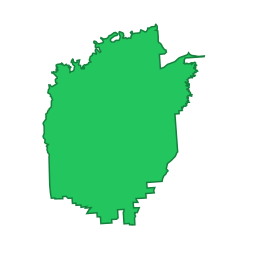 Nillumbik, Victoria, Australia (Mercator projection), rotated 168°
{"feature_id": "25037944B37493883083174", "entity_name": "Nillumbik", "entity_type": "district", "adm_level": 2, "iso_a3": "AUS", "parent_name": "Australia", "parent_adm1": "Victoria", "projection": "mercator", "projection_center": [145.196, -37.615], "detail": "fine", "context": "isolated", "style": "filled", "palette": "green", "viewbox_px": 256, "rotation_deg": 168, "n_neighbors": 0, "source": "geoboundaries", "source_scale": "gbopen_adm2", "svg_char_len": 5884}
<svg xmlns="http://www.w3.org/2000/svg" viewBox="0 0 256 256"><g transform="rotate(168 128 128)"><path d="M79.2,223.6L79.7,223.3L80.4,221.6L83.5,222.1L85.4,221.7L86.8,220.8L87.2,221.1L87.4,221.6L87.8,221.7L88.7,219.8L89.9,218.6L90.5,218.4L91.2,218.4L94.5,221.0L95.2,221.2L96.1,219.3L96.8,218.6L102.5,219.3L103.4,219.1L103.8,219.4L103.9,221.6L104.4,221.7L105.7,220.9L104.8,218.3L106.1,216.9L106.4,215.5L106.8,215.2L108.6,216.0L110.5,215.6L111.3,216.8L111.9,217.0L113.4,216.6L114.1,216.7L114.4,217.5L112.9,219.0L113.0,220.1L112.9,221.4L113.5,222.2L116.2,224.0L116.6,223.8L117.0,223.2L117.0,221.3L116.6,219.6L116.8,218.2L117.7,216.6L118.7,215.6L121.5,216.2L122.3,216.0L123.6,215.1L125.0,215.1L126.3,215.8L127.0,217.0L126.7,218.4L124.6,219.7L121.9,220.8L120.2,220.8L119.3,221.0L118.6,222.0L118.7,222.4L120.4,224.1L121.9,224.1L125.3,222.5L127.3,222.2L129.0,220.5L129.9,220.0L133.2,220.0L135.6,222.0L136.0,221.2L135.0,220.3L134.0,217.7L134.4,217.0L135.1,216.6L139.3,216.4L140.9,218.0L141.2,218.9L142.7,220.0L143.2,219.9L143.7,219.3L143.3,217.7L142.1,217.0L141.9,216.5L142.8,215.4L143.1,214.5L143.1,213.8L141.9,213.2L139.7,213.1L139.5,212.1L139.6,210.6L138.6,208.8L138.8,208.2L139.7,207.7L140.6,208.7L142.3,211.6L142.7,211.9L143.3,211.9L144.0,210.2L143.5,208.3L143.5,207.4L143.7,207.0L145.7,208.2L147.0,208.3L147.5,207.6L147.6,206.6L150.1,205.6L150.8,203.9L151.4,203.4L151.7,201.8L150.6,200.8L150.6,200.2L152.9,200.1L154.1,198.6L155.6,198.7L156.3,198.2L157.1,198.9L158.7,198.3L160.0,196.8L159.5,196.4L158.4,196.9L158.1,195.9L158.4,195.1L161.2,195.5L161.6,196.6L161.4,199.0L161.7,199.3L162.7,199.6L163.2,200.2L161.2,204.6L163.9,204.6L164.1,203.0L164.3,202.8L165.1,202.6L166.5,203.1L167.6,204.2L167.4,206.5L167.8,206.9L169.3,205.5L169.9,203.9L168.8,203.5L168.7,201.4L167.5,200.0L167.4,199.1L168.2,197.8L168.4,196.9L168.9,195.9L170.0,195.0L172.1,194.9L173.2,194.5L172.5,198.1L172.0,198.9L171.3,199.2L171.3,199.7L171.6,200.0L172.2,199.9L172.7,199.3L173.2,199.2L173.7,200.0L172.7,200.9L172.7,201.5L175.2,202.3L175.3,203.1L177.4,202.3L178.7,203.8L179.2,203.9L178.7,204.6L179.4,205.3L180.2,204.7L184.1,204.9L185.2,204.4L185.4,203.5L184.6,202.5L185.2,202.0L184.5,201.7L185.1,201.2L184.5,199.5L185.0,199.5L186.1,200.2L186.3,199.7L186.3,199.2L185.3,199.2L185.2,198.9L186.2,198.8L186.0,198.1L186.3,197.6L186.6,197.6L187.0,197.9L187.7,197.7L189.2,198.6L190.1,198.0L190.9,198.4L191.0,198.0L190.8,197.4L190.1,197.6L189.8,197.4L186.7,192.3L186.9,191.5L188.7,190.8L189.1,190.1L189.3,187.7L188.0,186.5L188.6,186.0L193.7,184.2L194.8,185.0L195.1,186.2L196.4,186.6L196.6,183.1L197.8,182.1L199.1,179.0L197.2,177.4L196.9,175.7L197.3,175.2L196.5,174.5L196.6,173.4L196.2,172.8L196.0,171.3L197.3,170.3L198.4,165.5L199.1,164.1L201.0,163.3L201.2,162.4L202.3,161.9L202.9,161.2L203.9,159.4L205.2,159.0L205.6,158.1L205.5,156.4L206.1,155.8L206.1,154.6L206.4,153.7L209.3,151.2L210.1,150.1L209.7,147.1L211.1,140.1L212.8,137.6L212.7,135.9L211.4,133.9L212.5,131.0L211.1,129.5L209.3,128.5L210.2,127.8L210.5,127.9L210.8,127.5L211.5,127.3L211.6,126.9L210.9,125.8L211.8,123.4L211.5,121.8L211.7,121.0L210.6,118.7L210.7,117.4L211.2,116.5L216.4,88.7L217.4,80.2L217.6,75.3L214.2,74.8L214.3,73.9L206.5,72.4L206.2,74.5L202.6,74.0L201.7,72.2L201.0,71.6L197.3,71.1L198.0,65.8L194.6,65.3L194.9,63.2L190.1,62.5L190.4,60.2L185.2,59.8L186.1,59.3L186.5,58.5L180.6,57.8L181.4,57.0L183.2,56.1L186.1,52.9L176.0,51.5L176.6,47.5L174.1,47.1L173.8,46.4L173.5,46.4L174.4,40.1L163.5,38.5L163.1,41.9L158.2,41.2L156.4,42.2L155.2,50.2L148.8,49.2L149.5,46.9L150.1,46.7L151.8,35.1L146.5,34.3L146.6,33.0L143.9,32.6L144.0,32.3L141.4,31.9L140.3,38.6L138.9,40.3L139.3,41.1L139.4,42.2L138.9,42.7L139.2,43.3L139.1,43.8L136.5,43.4L133.6,47.7L139.1,48.8L138.4,54.2L133.8,53.2L134.2,54.7L134.8,55.9L134.8,57.3L124.8,55.8L124.2,60.2L115.8,59.1L115.9,61.6L114.2,64.2L121.8,65.3L121.1,70.8L105.7,68.7L104.7,71.2L102.9,73.7L100.7,75.0L99.1,77.0L97.9,77.6L97.8,78.1L99.1,80.0L96.8,85.0L92.2,87.4L87.5,90.6L85.4,93.7L84.4,94.3L79.2,131.9L75.0,131.4L74.6,134.2L71.3,133.9L71.5,134.6L70.7,135.7L70.9,136.6L71.3,136.6L71.2,137.1L69.9,136.7L69.4,137.7L68.9,138.0L67.7,137.4L66.8,137.4L65.7,138.3L65.8,138.7L66.6,139.5L66.4,140.0L65.2,139.9L64.2,140.7L63.0,140.5L63.2,140.9L64.4,141.3L64.7,141.7L64.4,141.9L63.1,142.1L63.2,142.5L63.6,143.0L63.6,143.4L62.8,144.7L62.7,145.5L63.2,145.7L63.5,145.2L63.9,145.1L63.6,146.3L62.5,147.2L60.5,146.6L59.1,145.9L58.9,146.2L59.4,146.9L58.7,147.4L59.2,147.7L60.6,147.5L60.5,147.9L59.6,149.2L59.9,150.3L61.2,151.0L61.1,151.8L60.4,152.0L60.4,152.4L62.1,153.2L62.4,153.7L62.1,154.0L60.8,154.0L59.8,155.0L60.4,155.7L60.1,156.3L60.6,156.7L62.0,156.8L62.3,157.4L61.9,157.7L60.8,157.9L59.3,156.8L58.9,158.3L59.3,158.7L60.4,158.6L61.4,159.3L62.5,160.9L62.1,161.2L60.2,160.0L59.9,160.0L59.4,160.9L59.6,162.5L60.1,163.0L59.0,163.4L58.2,164.4L57.4,164.0L56.5,164.2L56.2,164.5L56.0,165.7L55.8,165.9L54.9,165.4L55.4,164.3L55.2,163.9L54.8,163.7L54.5,164.0L54.5,164.7L53.7,165.5L53.4,164.9L52.0,164.8L51.3,165.5L52.9,166.3L53.1,167.7L53.0,167.8L52.3,167.6L51.6,168.1L51.1,168.8L50.2,168.1L49.1,169.1L48.1,169.2L48.3,169.9L49.7,170.4L49.6,171.6L50.9,172.1L51.2,173.1L51.1,173.4L50.1,173.0L49.2,173.1L49.2,173.9L50.0,175.0L49.7,175.6L48.5,174.8L47.9,175.0L47.9,175.3L48.6,175.6L48.7,176.2L48.4,177.7L48.9,178.3L49.7,178.4L52.7,177.0L52.8,177.5L52.1,178.1L51.9,178.5L52.6,178.6L54.9,178.0L56.0,178.3L56.9,179.1L58.1,178.7L59.0,178.9L60.0,179.8L59.0,180.4L59.3,181.2L58.9,182.0L58.9,182.9L58.1,183.6L57.6,184.6L39.0,182.0L38.7,182.0L38.4,182.6L44.1,183.3L50.7,185.8L52.3,187.2L53.1,189.0L53.9,187.9L55.1,187.2L62.4,186.2L63.8,185.8L67.9,183.4L69.0,183.0L76.1,182.0L80.3,179.8L84.0,179.4L82.0,193.5L76.7,192.9L74.6,194.3L74.8,195.2L74.6,196.2L76.0,197.1L77.5,200.3L78.0,202.7L78.9,204.2L80.1,205.2L80.3,206.1L80.5,206.2L79.6,210.5L78.7,216.9L80.4,217.8L79.6,217.9L78.8,218.6L78.3,221.6L79.2,223.6Z" fill="#22c55e" stroke="#15803d" stroke-width="1.5"/></g></svg>